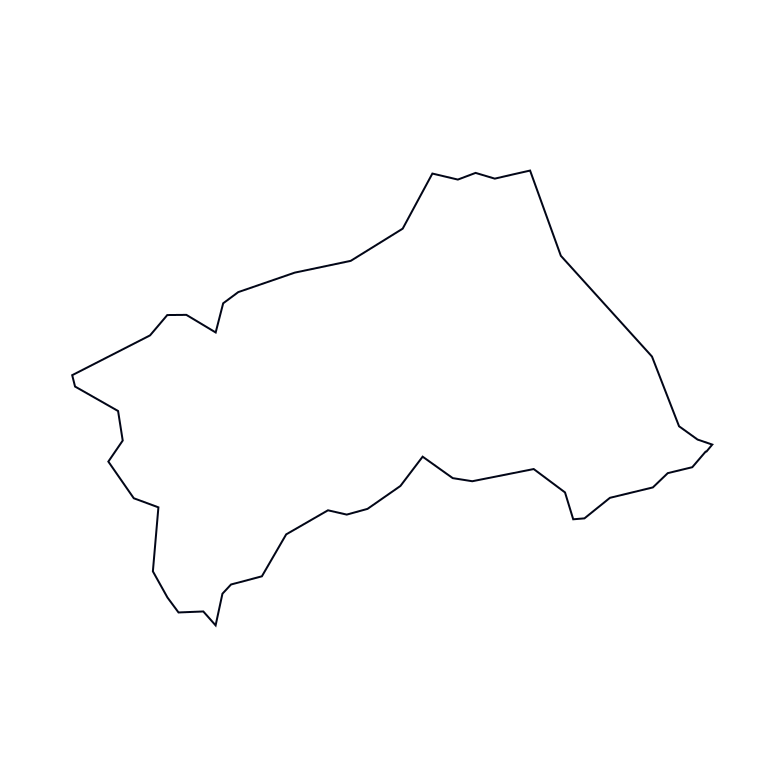 the border of Coleraine, rotated 73°
{"feature_id": "GBR-2100", "entity_name": "Coleraine", "entity_type": "District", "adm_level": 1, "iso_a3": "GBR", "parent_name": "United Kingdom", "parent_adm1": "", "projection": "mercator", "projection_center": [-6.661, 55.068], "detail": "fine", "context": "isolated", "style": "outline", "palette": "ink", "viewbox_px": 768, "rotation_deg": 73, "n_neighbors": 0, "source": "natural_earth", "source_scale": "10m", "svg_char_len": 810}
<svg xmlns="http://www.w3.org/2000/svg" viewBox="0 0 768 768"><g transform="rotate(73 384 384)"><path d="M222.6,181.9L313.1,177.4L436.1,119.7L510.7,114.2L528.8,100.4L537.9,87.8L542.9,95.4L542.7,96.2L553.7,113.5L552.2,138.7L561.5,157.1L558.9,201.2L571.1,231.6L568.7,242.6L540.6,242.6L509.1,265.7L502.8,328.0L494.1,345.8L464.8,368.3L486.3,398.1L498.6,436.3L498.0,457.8L488.4,474.5L499.2,521.5L532.2,557.0L531.0,588.9L537.3,599.8L565.6,615.6L548.7,623.3L542.4,647.3L524.9,653.5L495.6,659.8L436.0,635.8L420.1,656.7L377.6,670.3L361.7,650.4L332.1,646.2L296.1,680.2L284.4,679.6L269.1,593.5L254.7,571.1L260.1,552.8L285.5,529.9L259.8,514.2L253.5,496.5L251.4,436.8L256.5,379.8L240.9,320.7L196.9,276.2L210.1,253.6L208.9,234.7L220.0,218.0L221.3,199.3L222.6,181.9Z" fill="none" stroke="#020617" stroke-width="2"/></g></svg>